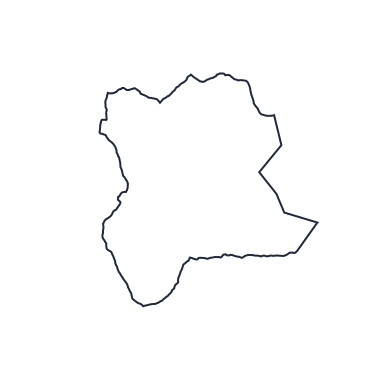 Samtse, Samchi, Bhutan, rotated 211°
{"feature_id": "84629894B59986753144737", "entity_name": "Samtse", "entity_type": "district", "adm_level": 2, "iso_a3": "BTN", "parent_name": "Bhutan", "parent_adm1": "Samchi", "projection": "mercator", "projection_center": [89.139, 26.92], "detail": "fine", "context": "isolated", "style": "outline", "palette": "slate", "viewbox_px": 384, "rotation_deg": 211, "n_neighbors": 0, "source": "geoboundaries", "source_scale": "gbopen_adm2", "svg_char_len": 5358}
<svg xmlns="http://www.w3.org/2000/svg" viewBox="0 0 384 384"><g transform="rotate(211 192 192)"><path d="M71.2,199.5L68.8,230.4L102.3,221.9L118.7,233.9L144.6,243.6L139.5,278.2L161.2,300.1L161.6,299.5L162.6,298.8L163.5,298.0L165.2,297.0L166.6,296.1L168.6,295.3L170.5,294.9L172.0,294.4L173.4,294.4L174.5,294.7L175.8,295.4L177.0,296.2L178.5,297.3L179.9,297.8L182.3,298.6L184.7,299.8L185.1,300.3L186.3,301.8L186.7,302.2L188.6,303.8L191.1,305.8L193.7,308.5L195.3,310.4L196.7,311.9L198.3,313.1L200.1,314.4L201.6,315.0L203.0,315.1L204.7,314.5L206.6,313.6L208.4,312.7L209.9,311.4L211.2,311.3L213.5,310.6L215.4,310.7L217.9,311.1L219.3,311.4L220.5,311.3L221.8,310.7L222.6,310.0L223.6,309.2L225.1,309.9L226.7,309.5L228.2,308.4L229.1,308.1L229.6,307.2L230.0,306.6L231.1,305.4L231.0,304.2L231.4,303.2L232.2,301.9L232.8,300.8L234.0,299.5L234.9,298.6L236.1,296.8L236.8,296.2L237.3,295.2L237.7,294.2L238.1,293.3L239.1,292.3L239.5,291.9L240.5,291.7L241.9,291.0L242.7,291.1L243.6,291.1L249.6,291.4L253.4,292.0L253.7,291.0L254.3,289.9L254.7,289.3L255.0,287.7L254.5,285.7L254.8,283.8L255.3,282.6L256.3,280.5L256.7,280.0L257.3,278.8L257.7,277.3L258.0,275.5L259.1,274.0L259.2,273.4L259.3,272.6L259.3,271.3L259.3,270.4L259.6,269.3L260.0,268.4L260.4,266.8L260.4,266.0L260.8,264.5L261.2,263.4L261.4,262.5L261.6,261.9L262.2,261.6L262.5,260.9L262.9,259.7L263.2,259.1L263.7,258.3L264.3,257.4L264.6,256.6L265.4,252.0L266.9,252.6L268.2,253.0L269.4,253.3L270.2,253.4L271.5,253.0L272.8,252.5L273.7,252.2L274.9,251.8L276.8,251.0L277.9,250.5L279.2,250.6L280.2,250.7L282.1,250.5L284.1,250.2L286.7,249.8L287.6,250.4L288.4,251.2L289.6,251.2L290.9,251.3L292.3,251.4L293.3,251.5L294.7,251.4L295.6,250.4L296.3,249.6L297.3,248.5L298.3,247.4L298.7,246.9L300.4,245.8L301.7,245.9L302.5,245.9L304.1,246.0L305.4,245.2L306.0,243.6L307.3,242.4L307.7,241.7L308.0,240.6L308.3,239.3L308.7,238.5L310.0,236.7L310.8,235.8L311.9,235.1L313.4,234.2L313.9,233.9L315.2,233.6L314.8,232.5L314.5,230.9L313.8,229.4L313.5,227.8L313.4,226.7L312.9,225.0L312.3,223.9L311.2,222.5L310.7,221.6L309.4,219.8L308.2,219.2L307.2,218.3L307.0,217.1L306.0,215.0L304.8,213.6L304.1,212.4L303.3,211.3L302.6,210.4L302.7,209.4L304.4,208.8L305.7,207.9L306.4,207.5L306.6,206.7L306.2,205.6L306.0,204.8L305.9,204.1L305.4,203.5L305.2,202.3L304.9,201.8L304.5,200.9L304.0,200.2L303.7,199.2L303.1,198.2L302.6,197.1L302.2,195.8L301.7,195.4L300.7,194.9L299.1,195.6L297.2,195.9L295.7,196.3L294.6,195.9L292.9,194.8L291.2,194.2L289.9,193.6L288.2,193.4L286.3,193.2L284.0,192.6L281.4,191.4L279.7,190.2L278.2,188.9L277.1,187.1L275.4,186.2L273.5,184.5L272.4,184.2L270.2,181.8L268.6,180.1L266.2,176.6L265.0,175.8L263.0,174.2L261.4,172.4L259.4,170.4L257.7,170.0L253.1,167.7L250.9,165.8L250.6,164.6L249.8,163.4L249.2,162.1L248.7,160.0L248.7,157.9L249.8,157.5L250.6,156.7L251.9,155.3L252.1,153.7L252.1,151.5L252.2,150.5L252.8,149.8L252.5,149.0L252.1,148.6L251.9,148.0L251.7,147.4L250.8,147.0L249.9,146.9L248.8,146.7L248.2,146.5L247.8,145.7L247.6,144.8L247.5,144.1L247.6,143.4L247.8,141.1L247.9,138.5L248.2,137.0L249.0,136.4L249.3,134.9L249.4,133.6L249.1,131.9L249.2,130.2L249.6,128.4L250.2,127.4L250.6,126.1L251.3,125.3L251.7,124.2L252.1,122.7L252.1,121.8L251.9,120.1L251.9,118.9L251.2,118.2L250.5,117.3L249.8,116.3L248.9,114.5L248.4,113.0L247.7,112.0L247.1,110.8L246.7,109.1L246.0,107.9L244.7,106.5L242.4,105.5L240.5,104.4L239.0,103.7L237.8,101.8L236.7,100.3L235.9,99.4L234.0,99.0L230.7,99.1L229.1,98.3L228.7,97.8L226.3,96.3L225.0,95.2L223.4,93.9L222.2,93.1L221.3,91.7L219.7,90.3L217.7,89.3L216.5,88.0L214.8,86.7L213.5,85.8L211.2,84.8L209.9,84.0L207.9,83.1L206.1,82.1L204.9,81.6L203.0,80.9L200.9,79.9L198.4,78.2L197.8,77.4L196.2,76.4L194.3,75.1L192.2,74.0L191.2,73.1L190.3,72.0L189.0,70.7L188.2,69.9L186.5,69.6L184.9,69.3L183.1,69.2L181.3,69.0L179.3,69.4L177.7,69.6L176.1,69.4L175.0,68.9L174.5,69.4L174.0,70.1L171.7,72.3L171.1,73.0L169.5,74.5L168.1,75.6L167.0,76.4L165.7,77.2L165.2,78.1L163.9,79.7L163.1,81.2L162.8,82.1L161.9,83.0L161.2,85.6L160.6,87.0L159.9,89.2L159.3,90.2L158.9,92.5L158.3,94.6L158.2,95.6L158.2,96.7L158.5,97.3L158.4,97.9L158.2,98.5L157.7,99.8L157.7,100.6L158.0,101.2L158.2,101.9L158.4,103.5L158.4,104.1L157.8,105.6L157.5,106.2L157.3,106.9L157.6,108.0L158.4,108.9L159.0,110.2L159.5,111.5L159.7,113.3L159.9,114.2L160.3,116.1L160.8,118.4L160.8,120.1L161.2,122.1L161.6,123.4L161.9,124.5L161.9,125.6L161.5,126.7L160.9,128.1L160.8,128.8L160.5,129.6L160.3,130.3L159.6,131.1L159.7,132.9L160.1,134.1L160.0,134.8L157.8,135.4L155.9,135.7L154.8,136.0L153.0,136.6L152.5,137.6L152.4,138.8L151.2,139.8L149.3,140.8L148.0,141.4L146.6,142.1L145.3,142.3L144.2,142.8L143.5,143.7L142.5,144.9L140.8,146.3L140.0,147.0L139.1,147.9L137.6,148.8L136.3,149.5L135.8,150.0L134.7,150.3L133.6,150.7L133.2,151.6L133.0,153.5L132.7,154.6L131.7,155.4L131.2,155.9L130.1,155.7L129.3,155.8L128.1,156.4L127.3,157.0L126.7,158.0L125.6,158.4L124.9,158.7L123.9,158.9L121.7,159.4L120.1,159.8L119.3,160.4L117.9,160.8L116.8,161.0L115.6,161.1L114.8,162.1L114.1,163.4L113.8,164.4L112.8,165.5L111.5,166.9L110.3,167.7L109.2,168.2L107.7,169.1L106.0,169.7L105.3,169.9L102.8,171.3L100.8,172.1L99.7,172.2L99.0,173.4L97.3,174.7L94.8,175.3L92.7,177.1L92.0,177.9L90.9,178.6L89.5,179.0L88.9,179.6L88.1,180.2L86.0,181.6L84.9,182.1L83.3,182.9L80.6,184.3L79.4,185.7L78.3,187.4L77.0,190.2L74.8,191.8L73.3,192.1L72.3,193.0L71.5,195.6L71.2,199.5Z" fill="none" stroke="#1e293b" stroke-width="2"/></g></svg>